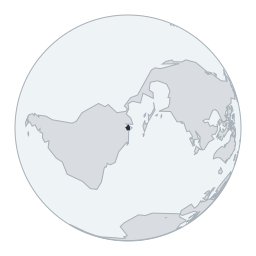 Lara highlighted on a globe, orthographic projection, rotated 94°
{"feature_id": "VEN-34", "entity_name": "Lara", "entity_type": "State", "adm_level": 1, "iso_a3": "VEN", "parent_name": "Venezuela", "parent_adm1": "", "projection": "orthographic", "projection_center": [-69.693, 10.08], "detail": "medium", "context": "on_globe", "style": "filled", "palette": "slate", "viewbox_px": 256, "rotation_deg": 94, "n_neighbors": 0, "source": "natural_earth", "source_scale": "10m", "svg_char_len": 8821}
<svg xmlns="http://www.w3.org/2000/svg" viewBox="0 0 256 256"><g transform="rotate(94 128 128)"><circle cx="128" cy="128" r="113" fill="#eef3f6" stroke="#a8b0b8"/><path d="M111.5,131.2L108.9,130.0L106.3,133.2L97.5,127.5L94.5,120.8L68.5,108.7L66.1,105.2L66.5,99.7L60.2,81.4L61.8,98.3L58.9,94.8L57.1,88.7L58.7,87.3L58.3,78.7L56.0,75.2L57.9,64.9L66.5,52.9L66.8,54.9L68.9,52.1L68.5,49.6L67.8,48.7L74.4,38.3L74.5,33.2L70.8,34.2L74.6,32.2L65.0,36.3L62.7,36.8L67.6,34.8L69.9,33.5L69.5,32.9L71.7,31.5L72.8,30.5L75.5,29.0L78.2,28.4L80.0,27.5L79.6,27.2L82.1,25.8L82.4,26.3L86.8,24.0L92.0,23.3L90.7,27.3L95.9,26.9L100.6,31.5L102.5,30.3L105.5,31.8L108.7,31.1L108.6,32.5L111.3,30.8L110.7,29.7L111.7,28.7L113.5,28.3L113.8,29.9L112.9,30.3L114.0,30.6L113.3,31.6L114.7,30.9L114.8,33.0L117.4,30.4L119.8,31.7L119.1,33.3L115.6,33.8L105.2,39.8L103.5,42.2L104.5,44.8L114.0,48.0L113.5,50.6L115.5,53.7L117.4,51.8L116.5,48.7L120.6,46.3L119.1,43.2L120.5,41.9L120.3,38.9L124.2,38.8L128.1,40.5L128.4,43.1L130.1,44.1L133.0,41.4L136.6,46.5L144.2,50.6L144.7,52.2L140.1,55.2L132.1,55.4L126.1,60.6L133.9,56.8L135.1,61.5L136.9,62.2L139.1,62.0L140.2,60.2L141.5,61.8L134.2,65.8L133.0,64.4L135.3,63.0L131.5,63.3L126.6,66.6L127.6,69.1L119.2,72.6L119.7,74.5L118.2,76.5L117.9,73.2L118.4,79.5L108.6,86.6L109.1,98.3L104.4,89.2L100.1,88.2L94.8,88.3L94.8,90.2L88.0,88.7L81.5,92.5L78.8,101.7L80.9,109.0L88.6,109.5L91.0,105.5L96.7,104.8L92.3,115.5L102.2,117.3L101.0,125.4L103.9,129.7L108.9,128.6L114.2,130.7L118.0,125.9L124.0,123.4L124.1,130.0L127.5,123.9L130.9,127.1L143.0,126.6L142.1,128.1L152.3,135.6L163.4,138.5L166.0,143.2L164.7,146.2L168.5,146.9L168.6,148.8L183.8,150.7L191.4,154.7L191.1,161.4L184.5,169.5L178.3,185.5L166.4,191.2L163.1,197.4L153.4,206.3L146.3,205.9L148.1,210.0L144.0,212.5L139.2,212.8L138.3,215.6L134.8,215.7L137.0,217.4L131.3,221.0L132.9,223.7L128.7,226.3L129.9,227.8L128.3,227.8L126.6,228.3L126.5,229.2L121.7,227.7L120.3,224.2L122.1,222.4L120.0,222.1L123.6,217.3L121.4,218.3L121.9,210.7L125.1,204.1L127.1,184.0L124.7,179.9L116.0,175.0L105.6,159.1L108.3,152.5L106.0,149.4L113.5,140.1L111.5,131.2ZM21.7,93.4L22.6,90.8L22.2,92.5L21.7,93.4ZM23.0,89.2L22.7,90.1L22.9,89.3L23.0,89.2ZM23.1,88.6L23.0,89.1L23.0,88.8L23.1,88.6ZM23.1,88.2L23.1,88.3L23.1,88.2ZM108.4,102.3L119.7,108.0L113.1,108.7L114.4,107.6L111.6,105.3L106.2,103.1L100.5,104.3L108.4,102.3ZM23.5,86.7L23.6,86.3L23.7,86.2L23.5,86.7ZM113.8,95.8L111.8,95.4L113.7,95.3L113.8,95.8ZM67.2,48.6L68.3,49.7L67.8,52.6L66.5,51.8L67.2,48.6ZM68.5,43.6L69.7,43.6L67.3,46.2L67.4,45.4L68.5,43.6ZM67.6,35.4L68.2,35.8L66.9,36.0L67.6,35.4ZM72.5,30.7L71.6,31.1L72.6,30.4L72.5,30.7ZM118.2,39.2L119.3,39.0L118.7,39.6L118.2,39.2ZM117.2,38.0L115.8,38.9L115.1,38.5L116.0,38.0L117.2,38.0ZM77.6,27.7L79.3,26.7L78.0,27.5L77.6,27.7ZM119.0,37.1L114.1,37.7L112.9,37.1L115.1,34.7L119.0,37.1ZM80.7,26.0L84.9,24.0L83.3,24.6L90.1,22.0L84.3,24.4L82.9,25.3L82.3,25.3L80.7,26.0ZM109.7,29.6L110.4,30.7L108.1,30.2L109.7,29.6ZM108.0,29.5L99.6,30.0L99.5,28.4L102.3,28.4L100.8,26.8L104.9,25.7L106.7,26.4L105.9,27.6L108.1,26.3L108.0,29.5ZM93.1,21.1L94.6,20.6L93.6,21.0L93.1,21.1ZM111.9,28.3L110.2,28.4L110.0,26.9L113.4,26.4L112.3,27.0L111.9,28.3ZM98.4,27.0L98.9,26.0L102.3,24.8L103.0,24.3L105.0,25.6L98.4,27.0ZM113.3,27.2L115.1,26.2L116.9,26.6L113.5,28.0L113.3,27.2ZM108.5,26.8L108.6,26.2L109.7,26.3L108.5,26.8ZM124.2,27.8L122.2,27.8L121.9,27.0L124.2,27.8ZM115.6,25.9L115.0,25.7L114.6,25.5L116.1,25.0L115.6,25.9ZM107.3,24.7L108.7,24.5L106.6,24.1L109.1,23.4L110.1,24.5L110.7,23.7L111.5,23.5L111.4,24.6L107.3,24.7ZM116.6,23.8L118.7,25.2L122.5,25.3L122.8,26.0L116.6,25.7L116.6,23.8ZM113.6,24.1L115.5,24.0L115.0,24.8L113.3,25.4L113.6,24.1ZM110.5,22.6L106.4,23.4L106.4,23.2L110.5,22.6ZM117.8,23.6L117.3,23.3L118.2,23.5L117.8,23.6ZM112.9,22.7L111.5,22.9L111.4,22.7L112.9,22.7ZM117.5,22.5L118.1,22.9L117.0,23.3L117.5,22.5ZM115.5,22.4L115.8,22.0L116.2,23.1L114.8,22.6L115.5,22.4ZM113.1,22.3L112.6,22.3L113.7,22.3L113.1,22.3ZM121.4,21.2L122.2,22.5L119.7,23.2L119.3,21.7L121.4,21.2ZM129.7,230.7L122.1,228.2L126.4,229.4L129.3,228.1L133.3,229.9L129.7,230.7ZM138.3,227.3L141.7,226.5L142.5,226.8L140.3,227.5L138.3,227.3ZM217.6,59.7L217.6,59.8L214.5,56.0L212.6,53.6L217.6,59.7ZM204.1,45.0L210.3,51.1L212.0,53.0L213.9,55.7L217.0,59.2L218.6,61.6L214.0,56.6L212.1,54.4L206.0,50.3L208.2,52.7L214.0,56.9L213.6,57.0L216.5,60.9L213.9,57.9L206.9,53.2L206.6,56.5L211.5,67.8L210.2,69.8L206.7,69.2L199.5,59.5L203.3,56.2L200.8,53.2L195.5,50.2L197.0,49.6L195.3,48.1L196.3,47.0L193.2,42.5L193.4,41.3L187.9,37.1L187.3,36.0L190.7,38.7L193.3,40.2L193.5,37.9L192.3,36.8L188.7,34.3L189.2,34.2L185.6,32.2L183.6,30.4L183.1,31.1L178.8,28.8L175.2,26.7L173.7,26.2L179.5,29.8L181.9,31.2L184.2,32.1L190.6,36.8L191.5,38.2L184.4,34.2L184.8,35.9L179.1,32.6L166.9,24.0L164.0,22.2L168.4,22.9L171.6,24.2L171.6,24.5L175.5,26.0L173.3,25.0L173.7,25.1L169.7,23.4L169.9,23.4L177.3,26.7L184.5,30.5L191.4,34.9L197.9,39.7L204.1,45.0ZM169.8,23.4L165.8,21.9L165.5,21.8L166.1,22.0L169.8,23.4ZM94.5,20.5L90.1,22.0L83.3,24.6L94.5,20.5ZM228.1,179.7L234.7,162.7L237.4,153.4L238.5,146.9L238.4,134.1L238.6,125.6L237.9,122.8L236.8,124.6L235.6,121.3L234.7,121.8L226.9,128.9L222.8,125.1L213.9,111.5L214.1,104.7L211.2,97.7L210.0,70.3L213.1,70.3L216.0,63.7L216.9,63.9L220.2,69.2L225.3,72.5L222.6,67.5L223.4,68.1L227.6,75.4L231.2,82.9L234.3,90.6L236.7,98.6L238.6,106.8L239.9,115.0L240.5,123.3L240.6,131.7L240.0,140.0L238.8,148.3L237.0,156.4L234.6,164.4L231.6,172.2L228.1,179.7ZM214.3,82.9L215.3,85.0L214.3,82.9ZM143.4,126.5L144.9,127.7L142.9,127.8L143.4,126.5ZM112.2,111.4L114.6,111.6L115.9,112.6L114.0,112.9L112.2,111.4ZM132.8,111.4L135.7,112.0L132.7,112.6L132.8,111.4ZM121.5,108.7L130.6,111.3L124.8,113.3L119.1,111.7L123.1,111.2L121.5,108.7ZM112.5,99.6L114.0,100.1L113.5,101.3L112.5,99.6ZM115.2,95.8L114.6,95.9L113.9,95.0L115.2,95.8ZM135.5,61.2L136.1,61.0L138.4,61.1L137.3,61.9L135.5,61.2ZM148.4,57.5L150.1,60.3L148.2,58.7L147.0,60.1L141.5,58.7L144.7,52.9L144.2,55.7L148.4,57.5ZM135.0,55.7L138.1,57.0L134.5,55.9L135.0,55.7ZM184.9,42.3L186.7,42.7L188.5,44.5L188.1,47.0L185.5,44.2L184.9,42.3ZM188.9,42.9L181.9,38.8L181.8,37.4L183.0,38.8L183.7,38.3L185.8,40.5L192.6,43.5L194.7,45.4L192.8,48.4L192.3,46.2L190.6,45.9L188.9,42.9ZM164.1,33.7L161.1,32.7L164.9,30.8L167.3,32.0L167.1,34.3L164.1,34.3L164.1,33.7ZM123.8,33.1L122.4,33.5L122.4,32.9L123.5,32.2L123.8,33.1ZM123.3,27.9L129.9,31.3L128.6,31.8L134.0,33.7L132.8,35.8L129.3,34.4L132.4,37.6L128.8,37.3L131.3,39.4L123.7,36.2L120.5,36.2L124.5,35.3L125.8,33.3L125.3,32.5L121.8,30.3L115.7,29.8L116.0,28.0L117.8,26.9L119.3,26.8L118.6,27.9L121.1,26.9L121.3,28.4L123.3,27.9ZM138.7,19.6L137.4,20.2L142.4,20.0L142.6,20.9L143.2,20.8L144.8,21.7L147.8,22.7L147.4,23.2L148.7,23.4L149.8,24.1L151.5,24.6L151.3,25.7L153.4,26.5L152.1,26.6L155.7,27.7L153.0,27.4L154.1,28.5L156.2,28.2L151.3,34.2L151.4,37.5L152.9,40.7L148.0,40.1L143.5,37.0L139.8,33.1L140.5,30.2L138.2,30.7L137.8,29.5L139.8,29.6L136.5,28.8L136.7,27.9L133.4,25.5L128.6,25.1L127.2,24.4L129.3,24.1L126.5,23.6L129.4,22.6L128.6,22.1L130.6,20.9L134.9,20.9L133.6,20.3L135.1,19.6L138.7,19.6ZM122.1,20.8L127.3,20.2L130.0,20.5L125.4,22.6L125.8,23.2L122.9,24.9L119.1,24.5L120.2,24.0L120.5,23.5L121.6,23.8L120.9,23.1L122.5,22.5L122.3,21.9L124.1,21.8L122.1,20.8ZM215.8,61.6L216.1,61.4L216.2,60.7L218.0,63.3L215.8,61.6ZM211.2,58.4L211.2,57.8L213.8,60.8L213.5,61.1L211.2,58.4ZM208.9,55.1L210.9,57.5L209.6,56.4L208.9,55.1ZM190.5,38.1L190.2,37.5L191.1,38.0L192.3,39.0L190.5,38.1ZM153.7,20.3L152.4,20.3L151.8,20.0L147.9,19.5L147.4,19.0L149.6,19.1L153.7,20.3ZM219.3,62.3L219.8,62.7L219.8,63.0L219.3,62.3ZM152.5,19.6L150.9,19.4L151.6,19.3L152.5,19.6ZM146.9,18.6L147.3,18.3L146.9,18.8L146.9,18.6ZM148.9,17.3L151.9,17.9L153.8,18.3L157.7,19.4L157.8,19.4L151.7,17.9L146.8,16.9L148.9,17.3ZM133.5,15.5L134.2,15.5L132.3,15.5L131.5,15.4L133.5,15.5ZM143.6,16.9L145.4,17.2L144.8,17.3L143.6,16.9ZM94.1,20.7L94.5,20.7L93.3,21.0L94.1,20.7Z" fill="#d9dde1" stroke="#a8b0b8" stroke-width="1"/><path d="M129.4,128.4L129.4,128.6L129.2,128.7L129.0,128.8L128.9,128.8L128.8,128.7L128.7,128.6L128.6,128.8L128.2,128.9L128.1,129.0L128.1,129.3L127.9,129.3L127.7,129.3L127.7,129.2L127.8,129.1L127.7,129.0L127.4,129.1L127.4,129.3L127.3,129.2L127.2,129.1L127.1,128.9L127.3,128.8L127.4,128.7L127.2,128.6L126.9,128.5L126.9,128.4L126.7,128.3L126.4,128.3L126.3,128.2L126.2,128.1L126.1,128.3L125.8,128.2L125.7,128.0L125.8,128.0L125.8,127.9L126.0,127.8L126.1,127.6L126.3,127.5L126.4,127.4L126.5,127.3L126.5,127.2L126.8,127.1L127.0,127.0L127.1,126.9L127.3,126.9L127.5,126.8L127.7,126.7L127.8,126.7L127.8,126.8L128.0,126.7L128.3,126.7L128.4,126.8L128.5,126.8L128.8,126.8L129.1,126.8L129.3,126.8L129.5,126.8L129.5,127.0L129.4,127.1L129.2,127.2L129.2,127.3L129.3,127.3L129.3,127.6L129.2,127.7L129.1,127.8L128.9,127.8L129.1,128.1L129.1,128.3L129.2,128.2L129.4,128.1L129.5,128.3L129.4,128.3L129.4,128.4Z" fill="#64748b" stroke="#1e293b" stroke-width="1.5"/></g></svg>